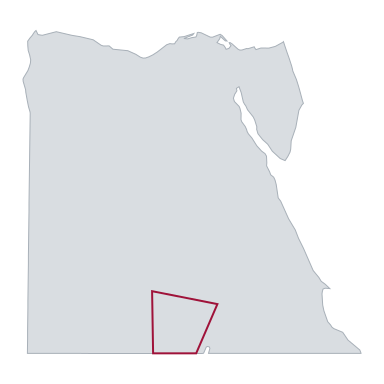 location of Paris Paris, Al Wadi at Jadid, Egypt
{"feature_id": "37247803B13722182372819", "entity_name": "Paris Paris", "entity_type": "district", "adm_level": 2, "iso_a3": "EGY", "parent_name": "Egypt", "parent_adm1": "Al Wadi at Jadid", "projection": "natural_earth1", "projection_center": [30.442, 22.93], "detail": "fine", "context": "in_parent", "style": "outline", "palette": "rose", "viewbox_px": 384, "rotation_deg": 0, "n_neighbors": 0, "source": "geoboundaries", "source_scale": "gbopen_adm2", "svg_char_len": 3115}
<svg xmlns="http://www.w3.org/2000/svg" viewBox="0 0 384 384"><path d="M361.0,353.4L351.8,353.4L342.6,353.4L333.3,353.4L324.1,353.4L314.9,353.4L305.7,353.4L296.5,353.4L287.3,353.4L278.1,353.4L268.9,353.4L259.7,353.4L250.5,353.4L241.3,353.4L232.1,353.4L222.9,353.4L213.7,353.4L208.5,353.4L209.3,350.5L209.9,348.4L209.3,346.9L207.5,346.5L206.3,347.0L203.6,353.2L202.1,353.5L198.9,353.5L188.1,353.5L177.4,353.5L166.7,353.5L156.0,353.5L145.3,353.5L134.6,353.5L123.9,353.5L113.1,353.5L102.4,353.5L91.7,353.5L81.0,353.4L70.3,353.4L59.6,353.4L48.8,353.4L38.1,353.4L27.4,353.4L27.5,345.9L27.6,338.4L27.6,330.9L27.7,323.4L27.8,315.9L27.9,308.4L27.9,300.9L28.0,293.4L28.1,285.9L28.2,278.4L28.3,270.9L28.4,263.4L28.4,255.9L28.5,248.4L28.6,240.9L28.7,233.4L28.8,225.9L28.9,218.4L29.0,210.9L29.0,203.4L29.1,195.8L29.2,188.3L29.3,180.8L29.4,173.3L29.5,165.8L29.6,158.3L29.7,150.8L29.8,143.3L29.9,135.8L30.0,128.3L30.1,120.7L30.2,113.2L30.0,111.8L28.5,106.7L27.2,100.2L25.8,92.3L25.6,89.7L23.2,81.5L23.0,79.1L23.7,77.5L27.9,70.6L29.2,67.2L30.4,63.2L30.7,59.9L29.6,54.9L28.2,50.4L27.8,45.8L27.7,41.2L29.9,38.1L32.4,35.2L33.4,33.5L34.9,31.5L36.0,30.5L38.0,34.6L42.3,35.3L56.3,31.7L71.7,35.3L80.2,36.7L93.2,39.8L101.2,45.3L103.4,46.0L109.1,45.9L112.9,49.2L127.8,50.7L135.8,54.3L140.4,57.2L143.1,58.1L145.5,58.0L148.7,56.9L152.8,54.9L157.3,52.0L166.6,44.8L169.9,43.6L172.0,43.9L174.6,43.8L175.7,41.8L177.1,40.5L177.9,39.0L179.3,37.1L184.1,36.6L193.8,33.5L192.7,35.0L183.9,38.5L187.7,38.9L191.5,37.7L195.9,37.0L196.7,35.5L197.3,32.6L198.1,32.3L201.2,32.8L210.2,37.1L212.5,37.2L218.8,34.8L220.2,34.3L222.2,35.6L227.0,41.0L225.3,40.9L220.3,36.3L219.8,38.6L217.0,42.6L220.6,44.4L223.5,45.1L225.1,47.3L226.1,49.3L228.9,48.4L231.0,45.7L229.9,44.2L229.2,42.6L230.1,42.6L232.1,43.9L237.9,49.1L239.8,50.1L242.0,50.0L246.7,48.5L248.0,48.7L254.2,46.8L254.9,48.2L256.0,49.6L261.0,48.0L268.9,48.1L275.3,46.4L282.8,42.3L283.4,41.6L283.8,42.7L284.7,45.5L287.1,52.6L289.1,58.2L291.6,65.9L292.4,68.9L292.8,71.0L296.4,79.5L298.6,86.5L300.2,92.2L302.4,100.5L303.4,103.4L301.9,104.9L298.9,110.3L295.8,127.4L291.2,140.8L290.7,149.2L290.0,152.2L287.8,156.5L285.1,160.6L280.2,158.5L272.3,151.2L267.7,144.2L262.7,139.7L258.0,133.8L256.7,129.5L256.8,126.7L254.7,120.0L253.2,116.9L247.5,109.7L245.8,105.9L244.6,104.3L243.3,101.9L241.2,92.6L239.0,86.7L236.4,88.4L236.9,90.8L234.7,94.3L233.4,98.2L234.4,101.5L239.1,106.4L240.0,108.5L241.1,113.2L241.0,119.6L241.7,121.7L245.2,126.5L246.5,129.3L247.2,131.7L248.4,133.9L251.9,138.0L256.8,145.8L261.6,151.1L265.0,153.6L266.5,156.2L266.8,162.8L266.6,165.9L269.6,171.8L270.7,174.8L273.7,177.2L275.0,180.0L276.2,184.5L278.2,197.9L280.7,201.2L288.6,218.8L295.3,230.0L298.5,238.3L303.5,248.4L313.2,270.6L318.9,277.5L321.2,281.3L325.3,284.3L329.8,288.6L325.6,288.2L324.5,288.4L323.0,289.1L322.3,291.7L322.0,293.9L322.7,305.1L323.9,310.8L327.7,321.7L330.6,325.0L331.9,327.1L333.8,328.6L342.7,332.3L348.0,340.1L359.8,350.0L360.9,352.8L361.0,353.4Z" fill="#d9dde1" stroke="#a8b0b8" stroke-width="1"/><path d="M153.1,353.3L196.2,353.3L217.4,304.1L152.1,291.2L153.1,353.3Z" fill="none" stroke="#9f1239" stroke-width="2"/></svg>